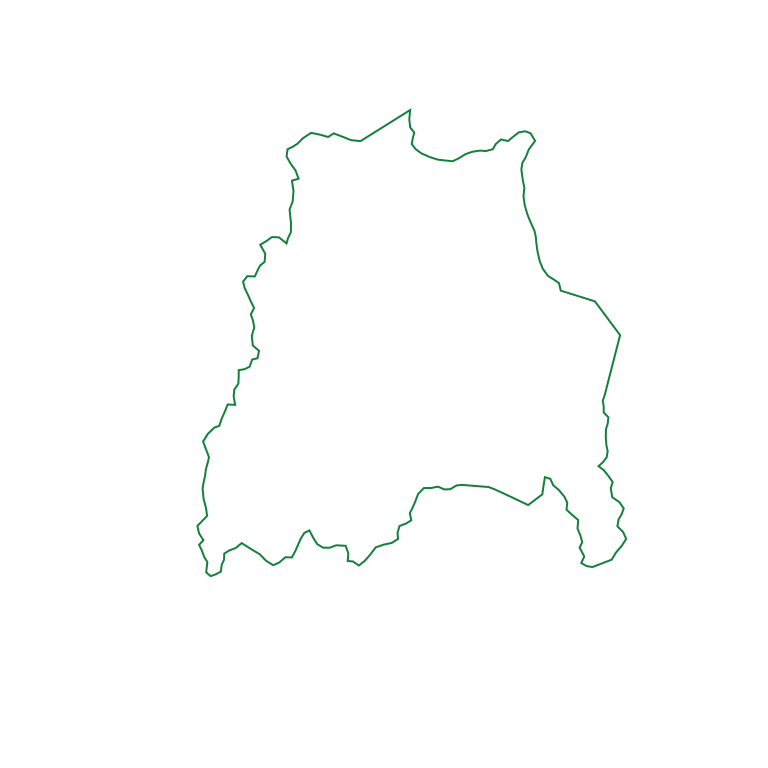 Presidente Tancredo Neves, Bahia, Brazil, rotated 334°
{"feature_id": "56859067B22769757743228", "entity_name": "Presidente Tancredo Neves", "entity_type": "district", "adm_level": 2, "iso_a3": "BRA", "parent_name": "Brazil", "parent_adm1": "Bahia", "projection": "natural_earth1", "projection_center": [-39.429, -13.456], "detail": "fine", "context": "isolated", "style": "outline", "palette": "green", "viewbox_px": 768, "rotation_deg": 334, "n_neighbors": 0, "source": "geoboundaries", "source_scale": "gbopen_adm2", "svg_char_len": 2938}
<svg xmlns="http://www.w3.org/2000/svg" viewBox="0 0 768 768"><g transform="rotate(334 384 384)"><path d="M154.0,429.8L152.3,437.3L153.2,445.2L147.3,447.5L147.3,453.5L146.6,460.7L147.2,466.5L141.6,475.4L144.0,480.7L149.4,481.3L155.1,481.1L158.9,475.3L163.2,471.8L166.1,466.4L172.1,465.8L178.9,466.4L186.4,464.6L191.9,473.7L197.8,482.7L200.5,491.2L205.0,498.3L211.6,498.5L219.5,496.5L225.2,499.5L231.4,495.0L236.5,490.6L241.6,486.4L247.1,482.9L252.7,482.9L253.0,491.4L253.8,498.7L257.5,504.4L263.3,507.3L270.3,508.0L278.6,512.6L277.7,520.5L273.8,527.2L278.2,529.8L281.9,536.1L289.3,534.5L296.2,531.6L304.9,527.2L313.1,528.2L321.2,530.2L328.7,529.4L330.9,523.7L335.8,518.4L342.8,519.1L348.8,518.4L350.6,511.4L355.6,507.6L360.7,503.2L366.6,497.7L374.2,495.0L380.7,498.1L387.4,499.9L392.3,505.4L397.5,507.6L404.7,507.0L409.9,508.9L432.9,522.5L437.3,527.2L445.1,536.7L460.5,556.0L477.9,552.6L482.9,545.2L487.8,538.3L491.9,542.1L491.7,549.1L494.8,556.3L496.7,564.2L496.7,571.0L492.9,576.9L495.5,583.5L498.9,591.4L494.6,598.7L494.1,606.3L492.9,613.0L488.1,616.8L488.4,626.8L482.9,631.4L486.2,636.4L491.1,639.9L511.7,641.7L518.4,637.3L527.0,633.5L533.8,629.4L534.0,621.8L531.4,614.2L535.4,608.6L540.6,605.1L544.9,600.9L543.8,593.4L539.5,585.8L542.2,576.9L546.6,572.4L545.4,565.2L543.8,557.9L540.8,551.9L546.6,550.2L552.0,547.5L555.6,542.4L557.0,536.7L560.1,528.8L563.8,521.8L567.7,517.7L571.1,512.3L569.0,506.0L571.7,500.3L573.3,494.9L577.6,490.6L617.6,443.6L609.8,402.2L583.8,377.6L585.5,370.0L582.8,365.2L578.8,358.7L577.2,350.0L577.9,341.5L580.1,332.0L582.6,324.4L585.0,318.1L586.4,312.1L586.6,303.8L587.2,294.7L588.8,285.2L591.7,276.3L596.1,269.3L598.3,261.1L601.5,251.4L605.3,245.9L610.7,242.4L616.9,236.7L626.4,231.7L625.6,222.8L621.6,218.7L615.4,216.9L608.0,218.5L602.0,220.0L596.4,215.5L589.5,217.4L584.7,220.7L577.7,219.3L572.6,216.3L565.2,214.0L558.2,213.1L550.4,213.9L543.3,213.9L536.5,209.6L530.8,206.0L524.9,200.4L518.7,193.1L515.4,186.8L514.1,180.5L517.6,175.7L521.4,171.3L520.0,164.9L522.7,157.3L527.6,149.2L469.4,155.4L461.3,150.4L455.3,143.8L448.7,136.7L442.1,137.5L435.6,131.7L428.6,126.3L418.8,127.6L411.6,130.1L405.5,130.8L400.2,130.7L396.2,136.7L396.6,144.6L398.1,153.3L397.2,162.0L390.4,160.9L387.2,171.0L382.0,179.8L375.6,185.8L371.0,198.5L366.8,206.8L361.7,210.8L358.0,214.9L353.9,206.2L347.7,202.8L341.4,203.9L333.8,204.6L334.4,214.9L330.2,221.9L324.5,223.2L319.5,227.0L315.0,230.7L308.4,227.2L302.2,230.2L300.8,237.1L300.8,244.0L300.5,251.4L300.6,258.7L294.8,263.0L294.1,269.3L292.2,276.3L286.3,282.7L283.0,291.8L286.2,299.5L281.5,305.4L276.3,304.2L270.8,309.5L265.4,309.6L259.5,307.9L256.8,313.4L253.2,319.9L247.0,323.4L243.5,329.1L241.1,337.5L234.5,333.9L229.0,338.9L222.9,344.0L217.6,349.4L212.4,348.8L203.8,351.6L196.2,356.3L195.6,362.4L194.6,373.1L190.7,377.9L186.4,382.7L182.9,388.2L179.4,392.4L175.1,398.5L171.5,408.2L169.6,417.7L167.2,425.0L154.0,429.8Z" fill="none" stroke="#15803d" stroke-width="2"/></g></svg>